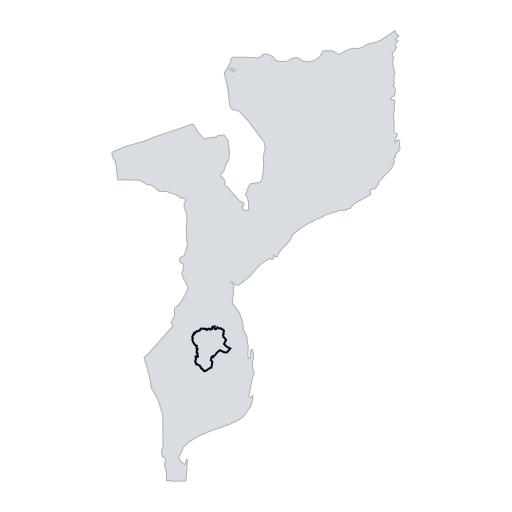 Mabote, Inhambane, Mozambique shown in context
{"feature_id": "85939544B65323255513357", "entity_name": "Mabote", "entity_type": "district", "adm_level": 2, "iso_a3": "MOZ", "parent_name": "Mozambique", "parent_adm1": "Inhambane", "projection": "albers", "projection_center": [33.733, -22.104], "detail": "fine", "context": "in_parent", "style": "outline", "palette": "ink", "viewbox_px": 512, "rotation_deg": 0, "n_neighbors": 0, "source": "geoboundaries", "source_scale": "gbopen_adm2", "svg_char_len": 8046}
<svg xmlns="http://www.w3.org/2000/svg" viewBox="0 0 512 512"><path d="M144.0,357.5L147.6,354.6L171.6,327.5L173.2,326.4L171.1,321.9L174.3,316.7L174.6,308.6L175.6,307.3L179.3,304.6L184.4,296.2L187.6,289.8L187.9,286.7L183.3,277.9L181.9,273.2L183.2,269.1L183.7,265.3L183.1,264.0L180.2,262.4L179.7,260.8L179.7,258.7L180.3,257.6L183.8,255.8L184.6,254.8L187.4,244.5L186.4,236.9L186.3,228.0L186.9,218.9L186.6,213.8L184.3,207.8L184.1,203.6L185.7,200.6L186.0,198.8L180.4,197.9L177.6,195.4L167.0,191.6L158.9,191.2L152.0,185.3L146.7,184.4L139.8,180.2L118.3,179.8L117.5,179.4L116.4,166.3L115.5,162.0L112.8,157.5L112.0,154.3L112.1,152.1L124.0,147.1L147.3,140.1L152.5,137.7L192.5,124.1L193.6,124.9L197.6,131.7L204.4,139.4L206.0,138.3L215.6,137.1L217.0,136.1L219.9,135.4L223.3,135.0L224.5,135.5L228.0,140.3L229.2,149.2L229.3,155.3L228.8,159.6L226.0,164.6L223.9,170.9L220.8,174.3L220.9,175.9L224.3,179.7L225.0,181.3L224.8,184.6L225.4,185.9L228.4,187.9L230.6,191.0L239.1,200.2L241.3,201.9L243.0,202.3L243.9,204.1L243.4,206.2L242.0,207.3L242.6,209.1L244.2,210.4L248.1,210.2L248.6,209.6L248.4,201.6L247.1,196.9L245.5,194.7L248.9,186.1L250.7,183.7L257.2,182.8L260.2,182.0L261.4,181.0L262.4,178.2L263.3,170.5L263.7,163.3L263.1,159.0L264.1,152.7L265.6,148.7L264.9,148.0L264.4,142.6L248.3,121.0L239.1,111.4L237.6,110.5L232.4,109.6L229.8,106.1L227.6,87.0L224.2,73.2L229.7,64.1L231.5,58.3L232.7,57.4L237.3,57.1L253.7,57.5L257.8,58.0L259.6,57.5L263.9,54.0L267.4,54.1L272.1,56.4L274.7,58.5L275.1,60.1L278.3,61.2L284.1,61.6L288.5,60.8L291.2,58.8L294.0,57.8L297.0,57.7L299.2,58.5L300.7,60.0L303.5,61.1L307.8,61.9L312.5,61.0L317.6,58.6L320.6,55.9L322.3,51.5L323.3,50.9L330.4,50.7L334.2,51.7L339.0,54.6L347.6,49.8L353.0,48.3L358.1,48.5L362.4,47.4L365.7,45.1L369.2,43.7L376.4,42.2L381.2,39.9L394.9,30.7L396.2,33.6L398.8,36.3L395.2,39.0L398.2,40.9L395.8,43.5L395.4,45.4L396.4,47.3L394.8,50.3L392.7,52.6L392.1,54.4L393.7,57.7L392.6,63.3L394.9,73.0L393.9,76.1L394.2,83.6L393.1,86.3L394.7,87.3L395.5,90.3L394.5,95.5L391.5,97.6L391.1,99.7L394.7,99.9L394.4,106.5L393.9,108.4L394.6,110.6L393.5,113.0L394.2,123.6L394.0,131.3L394.2,132.5L397.2,134.0L397.0,136.1L394.9,138.7L394.9,142.8L397.2,139.7L398.5,139.8L399.7,141.1L399.5,145.7L400.0,148.0L399.7,150.0L395.9,153.7L395.5,157.4L394.1,157.8L393.4,158.7L394.3,160.9L394.1,162.8L391.4,168.5L378.6,182.0L378.3,184.4L375.0,188.7L371.6,189.3L369.7,190.4L371.0,194.4L354.5,203.6L352.8,205.0L350.1,208.5L344.7,210.2L338.9,210.3L337.9,211.0L324.8,215.2L322.1,217.3L316.5,219.1L307.7,223.8L300.4,228.4L292.1,235.2L291.0,239.0L287.1,243.8L281.3,249.6L277.8,254.4L277.5,256.5L275.5,257.1L273.8,255.1L273.1,259.0L271.7,259.2L270.1,258.4L262.9,262.5L257.5,267.2L249.9,276.3L238.9,285.0L236.3,285.2L232.9,282.1L231.0,281.9L233.8,285.3L233.6,292.8L232.2,301.5L232.4,303.4L239.5,312.7L243.0,323.6L243.2,329.2L246.7,336.3L248.2,347.1L247.8,357.1L249.5,358.7L250.1,357.3L250.5,351.0L251.5,349.3L252.4,349.6L253.3,353.0L253.6,356.6L252.2,364.4L252.5,367.6L254.2,373.0L252.1,379.1L248.7,396.2L249.5,397.3L251.1,397.7L251.7,395.8L252.6,395.8L253.1,396.9L251.7,403.6L250.4,406.6L245.6,413.7L243.1,416.8L238.9,419.8L229.1,424.5L209.6,431.3L197.3,436.7L187.5,443.1L183.3,447.4L181.6,452.3L178.3,457.4L181.2,461.7L184.8,464.7L186.5,459.7L187.5,459.6L185.9,480.8L172.6,481.3L168.7,480.5L166.6,480.7L166.3,471.9L164.6,465.2L165.3,460.5L165.0,457.9L162.2,456.3L161.4,451.2L163.0,447.2L162.7,414.6L157.7,398.9L151.1,387.5L150.7,381.9L147.6,369.3L144.0,357.5ZM233.3,72.0L235.0,71.2L235.3,69.6L234.1,68.8L233.2,69.0L232.7,71.5L233.3,72.0ZM232.1,69.1L230.7,67.9L229.7,68.2L229.3,69.2L230.4,70.5L231.6,70.5L232.1,69.1Z" fill="#d9dde1" stroke="#a8b0b8" stroke-width="1"/><path d="M204.8,371.1L205.1,371.1L205.6,370.9L206.0,370.8L206.1,370.7L206.4,370.4L206.7,370.2L206.8,370.2L210.2,367.8L211.4,367.6L212.4,361.9L210.8,360.2L211.6,357.2L212.4,357.2L212.2,357.0L212.1,356.8L212.1,356.6L212.5,356.3L212.8,356.3L213.3,356.0L213.6,356.0L214.9,355.4L217.0,352.5L219.9,350.2L221.2,350.8L221.4,350.9L221.7,351.1L221.8,351.2L222.1,351.2L222.4,351.5L222.6,351.6L222.9,351.6L223.3,351.8L223.6,351.9L224.0,352.3L227.0,352.4L230.3,348.5L227.8,347.3L225.8,345.9L224.0,344.0L224.0,343.9L224.0,343.7L224.9,342.4L225.0,341.9L226.1,339.9L223.6,336.9L223.4,336.9L223.4,336.7L223.2,336.1L223.2,335.7L223.1,335.3L223.0,335.0L223.0,334.8L223.1,334.6L223.1,334.4L223.2,334.2L223.3,334.0L223.5,333.9L223.4,333.8L223.5,333.2L223.4,332.8L223.4,332.6L224.0,330.8L223.7,330.5L223.4,330.0L223.1,329.7L222.9,329.6L222.4,329.3L222.0,329.3L221.3,329.0L221.1,328.8L220.9,328.3L220.6,328.2L220.3,328.3L219.9,328.5L219.7,328.5L219.3,328.3L218.4,328.2L217.8,327.8L217.6,327.4L217.4,327.3L217.3,327.7L217.2,328.0L216.7,328.5L216.2,329.1L215.9,329.1L215.3,329.1L214.8,329.1L214.7,328.9L214.7,328.7L214.6,328.4L214.6,328.2L214.6,327.6L214.5,327.3L214.6,327.0L214.7,326.9L214.8,326.7L214.8,326.4L214.7,326.4L214.4,326.5L214.1,326.7L213.2,326.7L212.9,326.6L212.7,326.7L212.5,326.8L212.3,327.0L212.2,327.2L212.3,327.3L212.3,327.6L212.4,327.8L212.3,328.0L212.2,328.1L212.2,328.3L211.9,328.4L211.9,328.5L212.0,328.6L211.9,328.8L211.9,329.0L211.7,329.1L211.4,329.1L211.2,329.3L210.9,329.4L210.5,329.5L210.4,329.6L210.2,329.5L210.2,329.4L209.7,329.0L209.5,328.9L209.3,328.8L209.2,328.9L208.8,328.8L208.5,328.8L208.5,328.7L208.3,328.7L208.2,328.9L208.0,329.0L207.9,329.1L208.0,329.3L207.8,329.4L207.6,329.5L207.4,329.5L207.2,329.7L207.1,329.8L207.0,329.7L206.9,329.6L206.7,329.6L206.5,329.4L206.4,329.5L206.2,329.3L205.9,329.4L205.8,329.1L205.5,329.1L205.2,328.9L205.2,328.7L204.9,328.6L204.6,328.8L204.2,328.9L203.9,328.8L203.4,328.9L203.0,328.8L202.8,328.6L202.6,328.7L202.4,328.7L202.2,328.5L201.9,328.5L201.7,328.5L201.3,328.6L201.2,328.6L200.9,328.8L200.7,329.0L200.6,329.4L200.4,329.5L200.2,329.5L200.0,329.8L199.9,330.3L199.7,330.3L199.5,330.5L199.4,330.6L199.2,330.5L198.9,330.8L198.7,330.8L198.4,330.9L198.1,331.2L197.8,331.2L197.6,331.2L197.4,331.2L197.2,331.1L196.6,331.2L196.5,331.3L196.4,331.7L196.0,332.0L195.7,332.0L195.4,332.4L195.1,332.7L195.1,332.8L194.9,332.8L194.9,332.7L194.6,332.8L194.1,332.8L194.0,333.1L194.3,333.7L194.3,333.8L194.2,333.9L194.1,334.1L193.6,334.3L193.4,334.4L193.3,334.7L193.3,334.9L193.4,335.1L193.3,335.3L193.2,335.3L193.0,335.2L192.9,335.2L192.2,337.1L192.9,338.7L192.4,339.7L192.3,339.9L192.3,340.0L193.1,342.0L194.4,344.1L194.6,344.5L195.6,345.3L196.9,345.9L196.9,346.0L196.7,346.6L196.5,346.9L196.4,347.0L196.5,347.4L196.5,347.5L196.6,347.8L196.5,348.0L196.7,348.3L197.0,348.3L197.1,348.5L197.3,348.7L197.2,348.8L197.4,348.9L197.3,349.1L197.4,349.3L197.4,349.5L197.4,349.8L197.4,350.0L197.2,350.1L196.9,350.1L196.8,350.4L196.9,350.6L196.9,350.8L196.8,351.1L196.8,351.3L196.7,351.4L196.7,351.7L196.5,351.9L196.5,352.1L196.6,352.4L196.6,352.5L196.9,352.8L197.1,352.9L197.2,353.1L197.3,353.1L197.5,353.1L197.7,353.4L197.7,353.5L197.6,353.8L197.3,354.3L197.2,354.5L197.4,354.8L197.4,355.0L197.4,355.5L197.6,355.7L197.5,355.8L197.7,356.0L197.8,356.3L198.0,356.4L198.0,356.5L197.9,356.5L197.7,356.5L197.4,356.5L197.2,356.3L196.6,356.6L196.4,356.5L196.2,356.5L196.3,356.7L196.2,356.7L196.3,356.8L196.1,357.1L195.9,357.3L196.1,357.5L196.1,357.8L196.0,358.0L196.1,358.3L196.0,358.5L195.9,358.8L195.8,359.1L195.7,359.4L195.6,359.6L195.7,359.8L195.5,360.0L195.5,360.3L195.4,360.4L195.4,360.6L195.3,360.8L195.3,361.0L195.2,361.0L195.1,361.3L195.2,361.6L195.3,361.7L195.4,361.8L195.3,362.0L195.5,362.2L195.5,362.3L195.7,362.5L195.8,362.8L195.9,363.2L196.0,363.2L196.1,363.3L196.3,363.5L196.4,363.8L196.4,364.0L196.5,364.1L196.5,364.4L196.8,364.3L197.2,364.2L197.3,364.2L197.5,364.5L197.8,364.6L198.1,364.8L198.3,365.0L198.5,365.1L198.8,365.2L199.0,365.4L199.3,365.5L199.7,365.5L199.8,365.6L199.9,365.9L200.0,366.2L200.0,366.3L200.2,366.5L200.3,366.7L200.7,366.8L200.8,366.9L200.8,367.1L200.6,367.3L200.6,367.5L201.0,367.6L201.1,367.8L201.0,368.0L201.2,368.3L201.7,368.8L201.9,368.7L202.2,369.1L202.8,369.4L203.1,369.8L203.1,370.0L203.5,370.4L203.7,370.8L204.2,370.9L204.4,370.9L204.6,370.7L204.8,370.7L204.9,370.9L204.8,371.1Z" fill="none" stroke="#020617" stroke-width="2"/></svg>